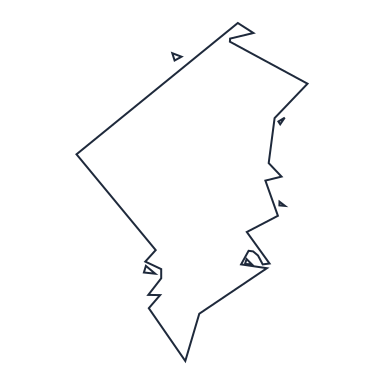 Greenland, Mercator projection
{"feature_id": "GRL", "entity_name": "Greenland", "entity_type": "country or territory", "adm_level": 0, "iso_a3": "GRL", "parent_name": "North America", "parent_adm1": "", "projection": "mercator", "projection_center": [-41.68, 71.708], "detail": "coarse", "context": "isolated", "style": "outline", "palette": "slate", "viewbox_px": 384, "rotation_deg": 0, "n_neighbors": 0, "source": "natural_earth", "source_scale": "50m", "svg_char_len": 709}
<svg xmlns="http://www.w3.org/2000/svg" viewBox="0 0 384 384"><path d="M237.8,23.0L253.4,33.0L230.1,38.6L229.9,41.7L307.5,83.7L274.6,118.1L268.7,163.1L281.5,176.6L265.4,180.6L277.9,215.8L246.8,232.0L269.5,263.5L262.7,264.4L258.0,255.5L253.1,251.4L248.6,250.8L241.1,264.4L266.9,268.2L199.3,313.7L185.3,361.0L148.8,308.2L160.1,295.1L148.3,294.9L161.2,278.3L161.2,269.1L145.3,261.6L155.7,250.1L76.5,154.3L237.8,23.0ZM145.9,265.9L155.2,273.7L143.9,272.5L145.9,265.9ZM246.6,259.1L251.8,264.3L245.0,264.0L246.6,259.1ZM181.5,56.7L174.6,60.5L172.3,53.2L181.5,56.7ZM284.7,117.7L280.2,124.3L278.4,121.5L284.7,117.7ZM279.5,201.7L285.0,205.9L279.4,205.4L279.5,201.7Z" fill="none" stroke="#1e293b" stroke-width="2"/></svg>